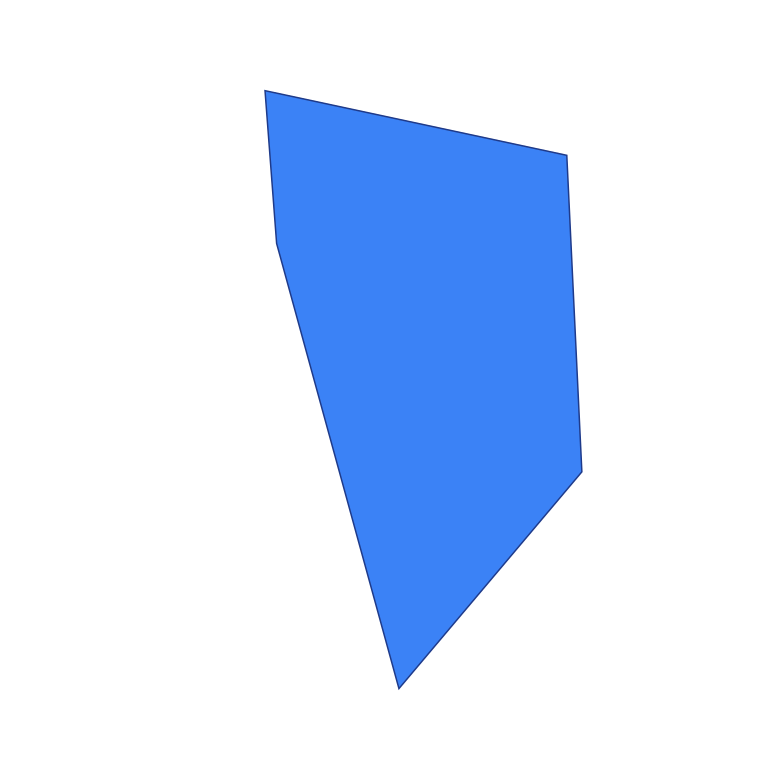 Lexington, Virginia, United States of America, rotated 111°
{"feature_id": "52423323B43343274853649", "entity_name": "Lexington", "entity_type": "district", "adm_level": 2, "iso_a3": "USA", "parent_name": "United States of America", "parent_adm1": "Virginia", "projection": "orthographic", "projection_center": [-79.447, 37.781], "detail": "fine", "context": "isolated", "style": "filled", "palette": "blue", "viewbox_px": 768, "rotation_deg": 111, "n_neighbors": 0, "source": "geoboundaries", "source_scale": "gbopen_adm2", "svg_char_len": 243}
<svg xmlns="http://www.w3.org/2000/svg" viewBox="0 0 768 768"><g transform="rotate(111 384 384)"><path d="M105.0,295.3L152.8,600.2L291.3,534.6L663.0,260.9L395.1,167.8L105.0,295.3Z" fill="#3b82f6" stroke="#1e3a8a" stroke-width="1.5"/></g></svg>